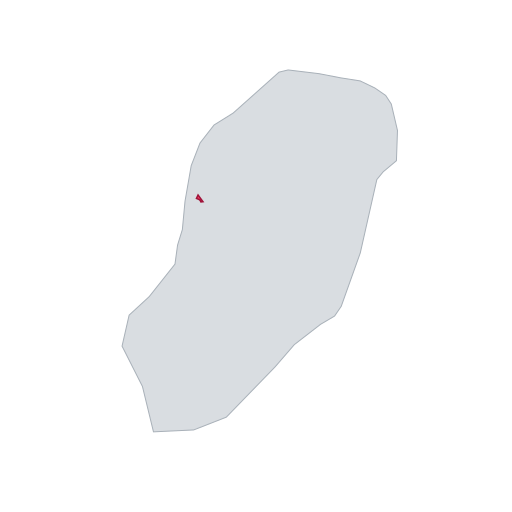 43, Ar Rayyān, Qatar (highlighted), rotated 205°
{"feature_id": "91078587B15697971941315", "entity_name": "43", "entity_type": "district", "adm_level": 2, "iso_a3": "QAT", "parent_name": "Qatar", "parent_adm1": "Ar Rayyān", "projection": "mercator", "projection_center": [51.504, 25.251], "detail": "fine", "context": "in_parent", "style": "filled", "palette": "rose", "viewbox_px": 512, "rotation_deg": 205, "n_neighbors": 0, "source": "geoboundaries", "source_scale": "gbopen_adm2", "svg_char_len": 781}
<svg xmlns="http://www.w3.org/2000/svg" viewBox="0 0 512 512"><g transform="rotate(205 256 256)"><path d="M275.9,447.9L255.1,453.1L235.6,458.7L219.3,458.5L206.3,456.3L197.6,450.9L180.8,429.5L169.0,401.7L176.3,386.1L178.8,376.4L162.8,302.9L157.5,246.4L159.4,234.8L168.6,221.4L183.8,191.9L191.9,163.4L214.8,97.4L239.0,72.0L274.6,53.3L303.8,89.8L339.3,117.7L346.0,148.8L335.6,174.1L326.0,214.4L331.7,232.8L333.9,248.8L343.5,275.7L352.9,310.5L354.5,334.7L349.4,357.0L337.1,375.9L312.8,432.4L305.5,438.2L275.9,447.9Z" fill="#d9dde1" stroke="#a8b0b8" stroke-width="1"/><path d="M327.0,282.8L334.3,286.8L334.3,283.0L332.3,283.1L331.3,283.1L330.9,283.0L330.2,282.8L329.8,282.5L329.2,282.1L329.0,281.8L328.8,281.7L327.0,282.8Z" fill="#f43f5e" stroke="#9f1239" stroke-width="1.5"/></g></svg>